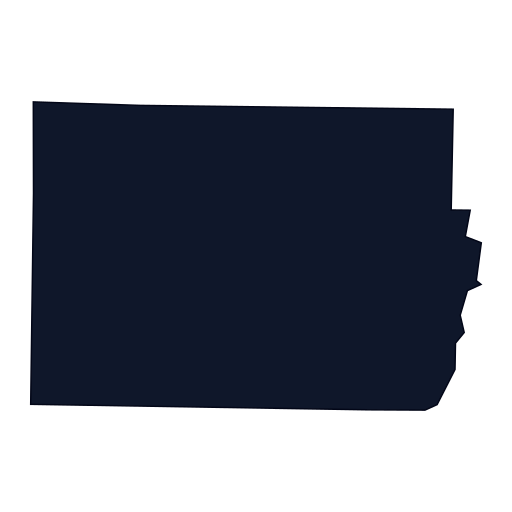 outline of Perry, Illinois, United States of America
{"feature_id": "52423323B20908268327084", "entity_name": "Perry", "entity_type": "district", "adm_level": 2, "iso_a3": "USA", "parent_name": "United States of America", "parent_adm1": "Illinois", "projection": "robinson", "projection_center": [-89.23, 38.085], "detail": "fine", "context": "isolated", "style": "filled", "palette": "ink", "viewbox_px": 512, "rotation_deg": 0, "n_neighbors": 0, "source": "geoboundaries", "source_scale": "gbopen_adm2", "svg_char_len": 369}
<svg xmlns="http://www.w3.org/2000/svg" viewBox="0 0 512 512"><path d="M453.2,109.2L140.2,105.4L33.3,101.9L33.5,193.4L30.7,404.3L368.2,409.8L425.0,410.1L437.1,404.6L455.0,369.5L455.5,343.1L464.2,332.5L460.2,315.2L467.4,290.6L481.0,284.4L476.3,280.6L481.3,242.8L465.3,236.6L470.2,210.2L451.2,210.0L453.2,109.2Z" fill="#0f172a" stroke="#020617" stroke-width="1.5"/></svg>